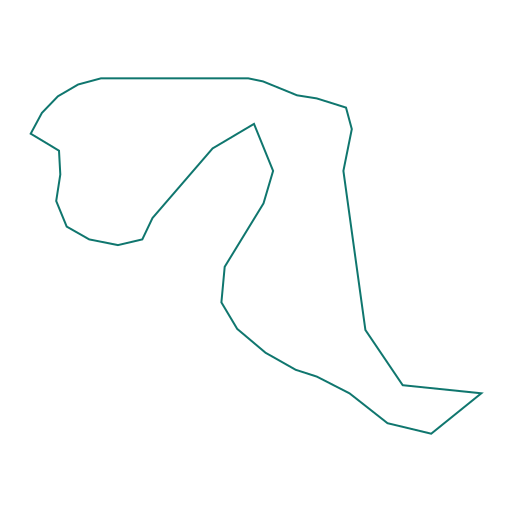 the state/province of North Caicos
{"feature_id": "TCA-5004", "entity_name": "North Caicos", "entity_type": "state/province", "adm_level": 1, "iso_a3": "TCA", "parent_name": "Turks and Caicos Islands", "parent_adm1": "", "projection": "albers", "projection_center": [-71.96, 21.894], "detail": "fine", "context": "isolated", "style": "outline", "palette": "teal", "viewbox_px": 512, "rotation_deg": 0, "n_neighbors": 0, "source": "natural_earth", "source_scale": "10m", "svg_char_len": 554}
<svg xmlns="http://www.w3.org/2000/svg" viewBox="0 0 512 512"><path d="M66.7,226.6L56.2,201.0L60.3,174.5L59.0,150.7L30.7,133.7L41.9,112.9L57.9,96.3L78.1,84.5L101.1,78.3L248.1,78.3L263.0,81.4L297.0,95.3L316.7,98.4L346.0,107.6L351.8,129.1L343.4,170.9L365.4,330.0L402.7,385.2L481.3,393.3L431.2,433.7L387.5,423.2L349.6,393.4L316.8,376.6L295.7,369.8L265.6,352.8L237.2,328.9L221.4,302.4L224.7,266.8L263.5,203.4L273.1,170.9L254.0,123.9L212.6,148.4L152.5,218.0L142.3,239.4L117.9,245.1L89.2,239.4L66.7,226.6Z" fill="none" stroke="#0f766e" stroke-width="2"/></svg>